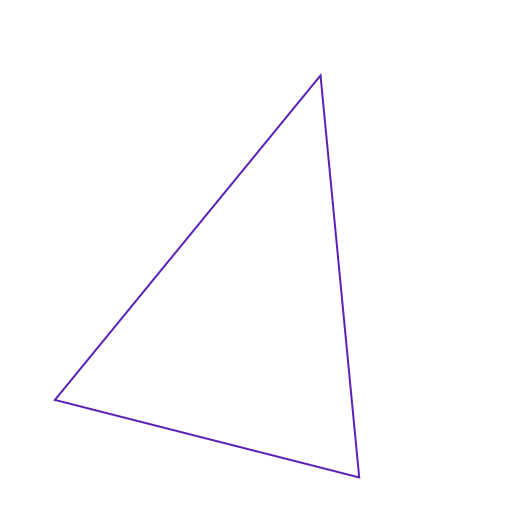 map outline of Anabar (orthographic projection), rotated 285°
{"feature_id": "NRU-4979", "entity_name": "Anabar", "entity_type": "state/province", "adm_level": 1, "iso_a3": "NRU", "parent_name": "Nauru", "parent_adm1": "", "projection": "orthographic", "projection_center": [166.943, -0.497], "detail": "fine", "context": "isolated", "style": "outline", "palette": "violet", "viewbox_px": 512, "rotation_deg": 285, "n_neighbors": 0, "source": "natural_earth", "source_scale": "10m", "svg_char_len": 209}
<svg xmlns="http://www.w3.org/2000/svg" viewBox="0 0 512 512"><g transform="rotate(285 256 256)"><path d="M64.9,99.0L447.1,271.6L68.8,413.0L64.9,99.0Z" fill="none" stroke="#5b21b6" stroke-width="2"/></g></svg>